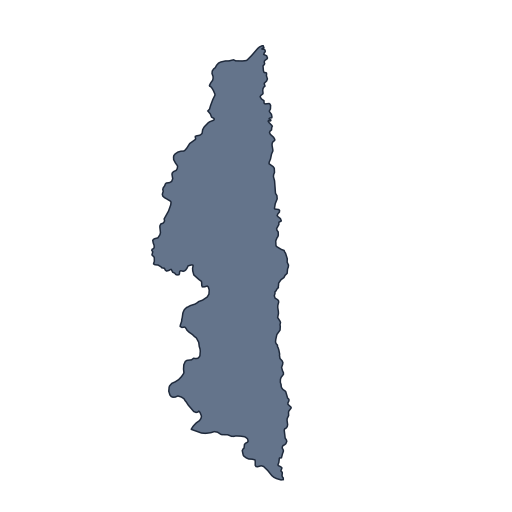 Habero, Anseba, Eritrea, rotated 204°
{"feature_id": "51966322B17309874943213", "entity_name": "Habero", "entity_type": "district", "adm_level": 2, "iso_a3": "ERI", "parent_name": "Eritrea", "parent_adm1": "Anseba", "projection": "albers", "projection_center": [38.311, 16.295], "detail": "fine", "context": "isolated", "style": "filled", "palette": "slate", "viewbox_px": 512, "rotation_deg": 204, "n_neighbors": 0, "source": "geoboundaries", "source_scale": "gbopen_adm2", "svg_char_len": 6078}
<svg xmlns="http://www.w3.org/2000/svg" viewBox="0 0 512 512"><g transform="rotate(204 256 256)"><path d="M337.4,206.9L334.7,207.5L332.9,206.1L331.5,205.9L329.8,207.3L328.6,208.9L327.9,209.2L325.5,207.3L323.3,207.3L321.8,206.5L320.5,206.6L319.5,207.1L318.8,207.6L318.7,208.5L319.4,210.7L319.1,211.6L318.6,212.0L316.3,212.4L315.3,213.3L314.6,214.4L314.1,216.6L314.0,219.4L311.2,221.7L310.0,222.0L309.5,221.5L308.9,218.9L307.7,216.6L305.1,213.4L298.6,211.3L295.8,210.7L295.1,210.1L293.5,206.9L292.5,206.0L290.3,207.0L288.8,208.4L288.2,208.7L287.0,208.3L284.9,205.9L283.5,202.0L283.9,198.7L286.9,193.9L290.1,190.8L290.2,190.1L292.1,187.3L295.8,184.0L298.0,181.1L298.4,180.9L299.6,178.0L299.7,176.0L299.6,174.1L298.3,169.6L297.9,167.4L297.4,166.4L297.0,162.0L296.6,160.8L294.6,160.6L292.4,162.0L291.8,162.0L290.2,161.2L289.0,160.2L286.3,159.2L282.1,158.4L279.5,157.4L277.4,157.0L276.5,156.4L273.2,153.8L271.0,150.2L269.3,148.3L268.2,146.4L266.7,142.2L266.7,141.1L267.5,138.9L269.3,137.8L271.4,137.2L272.7,134.9L276.6,132.6L277.7,131.0L277.7,127.2L276.2,123.2L274.4,120.1L274.4,118.7L275.0,115.5L276.4,111.6L278.6,108.2L281.1,105.4L282.1,102.2L282.0,100.8L280.7,97.0L278.1,94.0L276.2,93.1L274.5,93.2L272.5,94.2L270.4,96.4L266.8,96.8L263.7,96.3L261.9,95.0L260.4,94.3L257.2,92.2L249.6,88.6L247.1,88.7L245.6,89.8L245.2,90.9L244.6,90.9L243.4,90.2L241.0,87.9L240.5,87.0L240.2,85.1L240.7,82.6L242.7,79.2L243.5,77.0L244.2,74.8L244.7,71.5L244.5,71.3L233.8,72.1L230.3,73.3L228.2,74.5L225.3,76.3L222.7,78.6L219.5,79.4L215.6,78.8L214.6,78.9L209.1,81.2L205.1,81.3L202.9,82.2L201.3,83.4L196.7,85.2L193.1,86.2L191.9,86.2L189.5,85.6L187.9,83.7L188.0,82.5L189.4,80.7L189.9,79.2L188.8,75.7L189.3,74.6L189.4,72.6L186.7,68.9L185.6,68.2L182.8,67.6L180.1,67.6L176.9,68.8L174.2,69.3L173.8,69.1L173.0,67.7L171.6,64.5L170.4,63.7L169.0,64.0L165.9,66.5L163.5,66.8L158.0,64.8L152.2,61.8L149.6,61.1L146.8,61.0L142.1,61.6L140.1,62.8L140.8,64.3L142.0,64.9L143.1,66.3L143.4,67.7L144.1,69.1L145.4,69.5L145.9,70.1L146.1,72.9L147.6,73.5L150.3,73.6L151.0,74.1L151.2,76.8L152.4,80.7L152.3,81.1L151.0,81.7L150.7,82.1L151.4,86.3L151.5,88.5L152.0,89.7L153.9,91.2L154.3,92.3L154.2,93.9L153.2,95.0L152.4,96.7L152.5,99.2L153.5,100.4L155.3,101.5L159.4,108.4L159.5,109.8L158.8,110.5L158.3,111.6L158.1,113.0L158.5,114.8L160.8,118.5L161.4,120.2L161.3,123.5L162.8,126.6L162.9,127.9L162.1,131.2L162.2,131.7L162.5,132.1L166.5,133.5L167.1,134.8L167.0,137.0L167.4,138.1L168.0,138.6L169.3,139.0L173.6,144.1L174.7,144.6L177.1,145.0L178.9,146.0L179.8,146.9L180.7,148.6L182.4,150.5L183.5,153.2L183.7,155.3L182.8,159.1L183.6,160.7L184.9,161.7L187.3,164.6L187.6,167.9L188.1,169.6L189.6,170.9L192.4,172.1L194.2,174.9L194.5,176.0L196.9,179.4L198.5,181.2L199.4,181.8L200.2,183.3L202.0,184.1L203.2,185.4L204.0,187.8L205.0,192.7L203.9,198.1L205.2,201.6L206.1,202.9L206.6,205.3L207.8,206.4L211.2,208.6L212.1,212.6L213.0,214.4L215.2,217.8L216.0,219.8L216.5,223.0L217.1,224.1L218.3,224.8L221.5,225.3L223.1,227.1L223.4,229.4L224.1,231.0L223.5,232.4L223.5,234.1L222.7,236.2L223.1,236.6L223.3,237.8L224.3,240.5L223.5,244.5L221.7,247.7L221.6,250.1L220.5,252.8L221.9,257.0L222.0,259.0L222.6,260.9L225.0,263.0L226.3,266.2L230.1,270.5L231.8,271.6L232.3,272.2L232.7,272.5L235.5,272.3L240.4,272.9L241.5,273.2L242.2,274.0L244.1,277.8L244.2,281.3L243.9,282.6L244.1,284.1L245.5,287.0L247.3,288.0L248.3,289.4L247.9,294.0L248.6,295.5L248.7,296.4L247.3,297.9L247.3,298.5L248.9,300.1L252.0,300.9L253.1,301.5L253.2,303.3L252.5,305.6L253.0,307.2L254.1,307.7L257.4,306.7L258.2,306.7L258.5,307.0L259.7,311.6L259.9,316.8L261.4,319.6L263.7,321.2L269.6,332.2L272.3,335.5L273.0,337.5L273.1,339.9L275.0,343.6L276.7,344.6L281.6,345.6L282.1,347.0L282.2,350.5L283.3,355.6L283.3,358.6L283.6,359.5L286.5,363.9L287.1,365.7L287.0,367.1L286.1,368.9L286.0,369.7L286.7,370.5L288.2,371.6L292.4,373.0L293.8,374.1L294.0,375.6L293.1,377.5L293.9,379.8L293.9,381.2L294.6,381.7L298.4,383.2L299.7,384.1L299.7,384.7L298.0,385.1L297.6,385.6L297.6,386.0L298.0,386.4L299.6,386.5L299.9,386.9L299.3,387.9L297.9,388.6L297.9,389.4L299.5,391.7L302.1,393.1L302.8,393.8L302.6,396.2L303.9,399.5L305.2,400.5L306.1,400.6L309.4,398.7L310.3,398.7L310.9,399.1L311.9,401.1L314.9,401.7L317.0,403.1L316.9,404.6L315.7,406.9L315.8,407.6L317.2,410.0L317.7,411.9L317.5,413.6L316.9,414.9L318.4,416.5L318.7,417.2L317.5,420.2L317.6,422.4L319.8,424.9L320.4,426.7L320.9,427.4L321.6,427.5L322.7,427.0L323.4,427.1L324.6,428.3L326.9,432.5L326.3,434.3L326.3,435.2L327.3,436.4L327.6,437.5L327.2,438.7L326.0,440.8L326.1,441.6L327.7,443.2L330.9,443.3L331.1,445.3L330.7,446.0L330.8,446.8L331.6,447.8L332.6,448.1L334.6,447.5L334.8,448.0L333.5,449.5L335.0,451.0L335.9,450.6L337.8,448.4L338.8,446.4L341.6,437.2L343.7,431.6L344.4,430.6L347.8,428.6L354.0,426.0L356.3,426.1L360.1,423.2L363.2,421.8L367.1,418.9L368.7,417.0L369.6,414.2L369.8,411.5L370.8,409.6L371.2,407.2L370.4,404.8L368.3,402.6L367.5,401.0L367.1,398.9L367.8,395.5L367.9,392.9L367.4,392.3L366.5,392.4L364.3,391.3L362.1,389.7L359.4,387.2L358.9,386.1L359.1,381.5L358.7,374.9L358.2,371.2L359.0,368.9L355.5,367.2L353.1,364.8L350.5,364.6L349.9,364.2L349.7,363.5L350.1,362.6L352.8,359.9L353.8,358.4L355.6,353.5L355.9,352.4L356.1,349.6L355.2,346.4L355.3,345.5L356.0,344.1L356.7,343.3L359.3,341.5L360.1,340.6L359.7,339.7L358.9,338.7L358.8,337.8L362.3,331.8L363.1,326.4L364.0,323.4L364.8,322.4L367.2,321.2L369.6,319.2L371.4,316.3L371.9,314.4L371.6,312.9L370.4,310.5L367.4,308.2L364.5,306.5L364.1,306.0L363.5,303.9L363.7,301.8L365.7,299.5L366.3,297.6L365.9,296.3L363.5,292.7L363.4,289.8L364.7,288.0L367.6,286.2L368.1,285.0L368.0,282.9L368.5,280.4L368.1,278.6L367.1,277.5L366.7,274.3L365.5,272.8L363.4,272.1L357.1,271.4L356.1,271.1L355.4,270.4L354.7,268.0L354.2,261.5L355.0,252.5L353.8,250.9L353.8,249.7L354.3,248.1L355.9,246.7L356.1,244.8L355.7,243.5L352.8,238.5L352.4,236.4L353.0,232.7L355.5,230.7L356.4,229.6L356.7,228.3L355.2,226.1L353.5,224.4L352.5,222.5L352.6,221.1L353.6,219.9L353.5,218.8L352.0,217.8L351.5,214.7L348.4,213.4L346.7,209.8L346.5,207.5L346.3,207.1L344.9,206.9L341.7,207.9L338.1,207.4L337.4,206.9Z" fill="#64748b" stroke="#1e293b" stroke-width="1.5"/></g></svg>